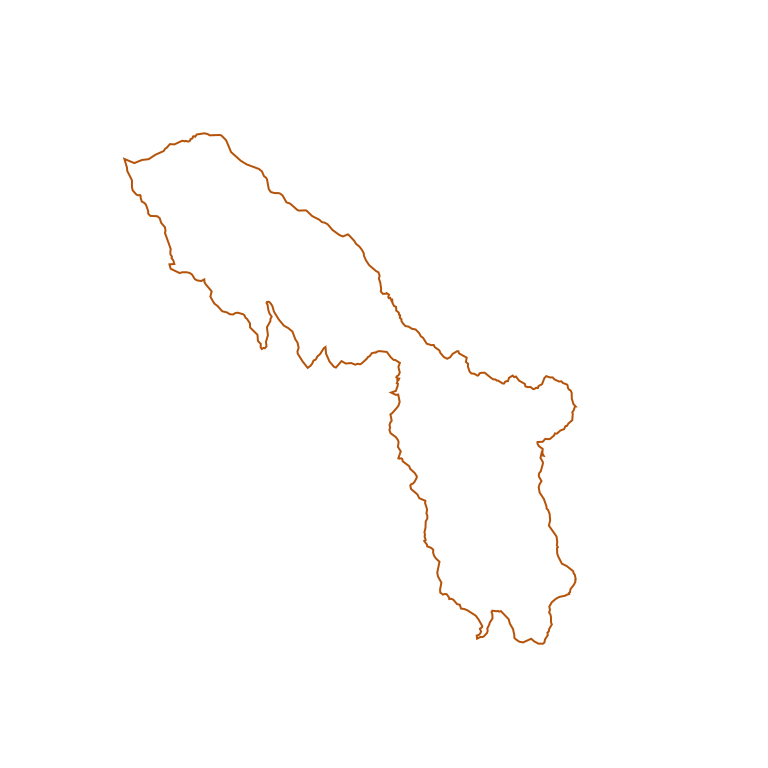 outline of Cerbal, Hunedoara, Romania, rotated 71°
{"feature_id": "2599482B29050657769983", "entity_name": "Cerbal", "entity_type": "district", "adm_level": 2, "iso_a3": "ROU", "parent_name": "Romania", "parent_adm1": "Hunedoara", "projection": "natural_earth1", "projection_center": [22.62, 45.762], "detail": "fine", "context": "isolated", "style": "outline", "palette": "amber", "viewbox_px": 768, "rotation_deg": 71, "n_neighbors": 0, "source": "geoboundaries", "source_scale": "gbopen_adm2", "svg_char_len": 6135}
<svg xmlns="http://www.w3.org/2000/svg" viewBox="0 0 768 768"><g transform="rotate(71 384 384)"><path d="M98.8,557.4L109.3,556.0L116.1,558.3L119.1,558.6L124.4,556.4L125.6,554.9L126.0,553.1L126.7,552.8L129.1,553.6L132.8,553.5L134.9,551.5L137.2,550.7L143.9,550.7L146.0,551.5L149.0,550.2L151.5,543.8L154.2,542.1L159.1,542.2L164.5,540.1L167.7,540.6L169.8,541.9L186.9,541.7L189.6,543.1L192.1,543.7L194.4,543.0L195.8,543.9L198.6,543.0L202.3,543.2L201.0,547.9L205.6,548.2L212.5,541.2L212.7,538.4L214.1,534.2L215.8,531.5L218.0,529.9L223.3,528.7L225.3,526.8L227.1,523.3L226.6,519.9L229.4,520.6L231.4,520.2L240.3,516.8L244.8,519.7L249.8,518.9L252.9,518.1L256.2,515.9L262.5,513.3L265.2,509.2L267.8,507.1L269.1,504.2L268.5,501.3L269.0,499.0L272.2,494.5L273.5,493.6L276.2,493.4L277.9,492.3L283.1,491.0L287.0,492.2L296.3,487.6L302.3,489.2L306.0,487.5L309.3,488.7L311.2,488.1L310.7,486.3L311.4,485.0L310.0,482.8L305.8,481.9L300.1,477.9L292.2,476.2L287.6,471.0L285.6,470.2L283.7,468.3L280.2,469.3L276.5,469.3L271.2,468.3L269.5,468.7L268.4,468.2L268.7,466.1L270.9,464.9L274.1,464.2L279.8,464.5L289.0,462.4L296.4,459.6L299.7,456.5L304.7,453.5L312.8,453.3L316.7,452.3L322.0,452.9L324.9,455.2L327.3,455.7L336.2,453.6L343.9,450.9L342.9,447.7L341.5,445.4L338.9,443.0L338.7,440.6L336.2,438.0L335.0,434.8L330.6,429.3L330.0,427.3L336.4,428.9L345.2,428.2L351.6,425.6L352.8,424.1L348.5,416.7L352.2,413.5L353.5,408.2L356.4,404.9L356.2,402.7L357.6,400.1L357.2,398.2L354.3,391.6L353.3,390.5L353.0,388.5L350.9,385.4L351.3,381.8L351.7,381.5L351.1,379.4L351.5,377.4L354.6,370.9L360.9,368.9L364.3,367.1L365.0,365.5L369.2,362.1L372.5,364.8L378.4,365.4L380.5,367.5L380.9,369.4L381.7,370.2L383.1,369.3L383.8,367.9L384.9,368.9L384.7,370.2L385.5,370.1L387.4,371.6L388.2,370.8L390.2,371.7L394.4,375.0L394.4,380.1L398.1,376.4L398.6,374.0L406.0,375.0L409.2,377.4L410.6,379.4L414.3,385.9L414.8,387.8L421.3,388.7L422.6,390.7L424.7,392.2L427.0,392.3L429.1,393.8L432.7,393.8L438.2,390.0L442.0,389.0L443.9,389.2L447.9,391.3L453.1,390.1L458.9,394.6L459.6,393.9L459.9,391.9L460.9,391.1L463.1,391.5L470.0,386.9L472.7,386.9L478.0,384.0L482.1,383.0L483.6,383.9L486.7,387.3L487.7,389.5L487.6,390.8L488.5,392.2L492.1,392.6L499.2,388.4L503.5,387.8L507.9,382.9L509.9,383.9L516.7,384.1L520.1,386.0L522.8,385.9L525.4,386.9L527.5,389.3L533.5,391.6L537.5,394.1L540.0,394.3L541.1,395.2L545.1,395.4L545.5,397.1L549.8,395.7L551.6,396.0L554.1,392.9L556.7,391.4L559.2,392.4L562.4,392.6L565.7,391.8L570.1,389.4L579.8,395.1L583.7,395.6L590.5,394.4L596.6,397.9L599.6,398.7L602.3,396.8L602.4,394.4L603.3,393.1L607.3,392.0L608.6,392.3L609.0,390.3L610.5,388.7L616.0,386.5L617.4,384.2L621.4,384.3L622.8,381.5L625.1,378.8L632.9,372.7L637.7,371.2L645.0,369.9L645.9,370.5L646.6,373.0L649.7,372.8L651.3,374.4L652.2,376.2L652.0,378.2L655.1,378.9L654.6,375.1L655.2,373.7L655.2,371.8L652.9,367.6L651.0,366.3L648.7,365.9L645.9,362.9L643.9,361.6L641.1,357.8L636.9,356.5L634.6,356.6L633.6,355.4L635.5,351.7L635.6,350.3L636.8,349.2L636.8,347.4L647.0,342.7L651.6,343.0L657.7,341.8L663.7,342.5L666.5,343.4L668.4,342.4L671.7,340.0L673.6,336.6L672.8,327.8L676.2,325.8L679.7,322.6L681.3,318.4L680.7,316.5L678.0,315.0L674.8,310.9L672.2,310.4L671.7,308.8L669.5,307.7L666.0,303.6L663.9,303.7L658.3,301.9L655.9,301.7L653.9,302.3L651.5,300.6L648.3,300.2L645.0,296.4L643.0,291.2L642.4,287.6L643.2,281.3L642.8,280.4L642.9,277.3L641.9,277.3L641.4,275.9L638.7,274.5L635.5,269.6L633.1,267.3L631.5,267.0L631.1,266.3L626.2,265.7L625.2,266.3L622.6,266.1L615.6,270.5L611.8,274.3L604.1,275.4L600.6,275.4L595.4,273.8L594.9,272.7L592.8,273.1L589.8,271.6L584.4,270.5L571.6,274.2L567.0,271.3L560.8,269.7L556.4,269.9L554.7,270.8L552.3,270.2L544.6,270.3L537.4,272.2L532.0,271.4L529.4,269.5L527.1,266.7L522.1,267.6L520.7,267.4L518.5,266.0L517.7,264.3L511.2,259.8L509.7,259.2L504.8,260.1L500.8,257.6L503.2,257.3L503.8,256.4L501.1,256.8L497.0,255.1L493.2,257.8L490.3,258.3L488.8,257.7L490.3,252.8L488.4,249.4L490.0,245.6L489.9,244.6L488.0,239.9L486.4,238.6L487.2,236.6L485.4,232.4L485.3,228.4L482.9,226.1L483.2,224.8L481.4,222.5L479.5,217.8L473.6,215.2L472.1,215.2L470.5,213.1L467.3,210.7L467.5,210.2L464.6,211.4L458.9,211.2L453.4,209.4L450.7,209.7L449.7,210.8L448.2,211.3L444.3,210.9L441.3,214.5L439.2,215.4L438.7,217.6L435.2,221.3L432.7,222.4L431.8,225.0L429.4,228.0L430.6,230.4L435.6,234.6L436.3,238.7L437.9,239.8L437.1,241.6L437.7,243.7L437.2,244.7L434.4,246.6L433.8,249.0L432.3,251.1L429.8,250.8L424.8,255.2L419.9,256.8L419.9,258.7L417.9,259.6L418.9,263.8L421.7,265.9L421.1,267.6L421.4,268.9L422.6,270.2L422.3,271.5L417.9,275.0L417.5,276.3L416.0,277.1L415.2,279.1L413.4,280.6L406.1,285.1L405.0,288.7L405.1,290.3L406.4,291.7L406.6,292.8L403.7,295.3L402.6,297.8L400.3,299.0L394.7,299.0L392.3,297.9L389.8,299.4L386.0,297.2L379.5,303.1L377.3,303.0L376.8,304.2L377.9,309.4L380.2,312.7L380.7,316.0L378.0,318.6L373.0,320.6L370.3,320.7L365.7,324.0L363.3,324.3L362.7,326.5L359.8,330.5L353.1,332.0L351.0,333.6L347.0,334.3L342.7,336.4L340.8,339.7L337.8,342.0L336.2,344.9L332.7,346.4L330.1,347.0L328.4,346.4L326.5,347.5L324.3,346.4L323.4,347.2L321.3,346.8L318.6,348.5L315.0,347.5L313.5,349.1L310.1,349.6L307.4,348.9L307.8,349.8L304.6,350.0L304.5,351.4L304.1,351.6L303.0,351.6L301.3,350.2L298.9,351.9L299.3,352.7L298.4,355.7L295.5,356.9L293.1,355.7L286.8,354.5L282.7,354.5L280.2,352.9L276.6,352.9L274.7,354.7L266.7,359.4L261.1,360.8L256.2,361.2L253.8,360.6L250.0,361.2L246.1,362.5L242.2,364.9L239.3,365.4L232.7,368.3L230.8,369.3L231.1,374.8L228.8,377.5L221.7,382.5L214.6,385.3L212.3,387.4L210.6,390.1L207.7,391.6L201.9,397.2L195.1,400.7L194.4,401.3L192.3,408.1L191.2,409.3L182.9,414.0L180.5,417.1L172.7,418.5L170.2,420.2L169.2,421.5L167.7,425.6L165.6,428.5L162.2,429.5L152.4,428.0L150.6,428.3L148.4,429.8L143.3,430.2L140.0,432.2L131.6,442.4L126.2,446.8L114.9,453.1L102.2,453.9L96.1,456.8L95.1,458.2L92.1,467.9L90.3,469.3L88.5,472.2L87.1,479.8L88.7,482.1L87.8,483.0L87.8,484.0L89.4,485.2L89.5,487.3L90.7,488.0L91.0,489.3L91.0,490.3L89.5,492.5L89.7,493.4L88.3,495.6L89.2,504.2L87.5,508.3L90.0,512.8L90.2,514.1L92.0,516.5L92.8,525.4L94.8,533.3L93.4,539.8L93.8,548.2L86.7,556.2L96.0,556.6L98.8,557.4Z" fill="none" stroke="#b45309" stroke-width="2"/></g></svg>